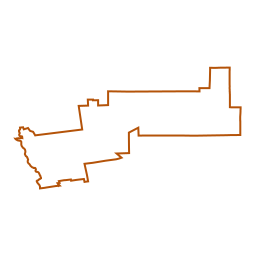 Contesti, Teleorman, Romania (Robinson projection)
{"feature_id": "2599482B71903037173663", "entity_name": "Contesti", "entity_type": "district", "adm_level": 2, "iso_a3": "ROU", "parent_name": "Romania", "parent_adm1": "Teleorman", "projection": "robinson", "projection_center": [25.518, 43.808], "detail": "fine", "context": "isolated", "style": "outline", "palette": "amber", "viewbox_px": 256, "rotation_deg": 0, "n_neighbors": 0, "source": "geoboundaries", "source_scale": "gbopen_adm2", "svg_char_len": 3856}
<svg xmlns="http://www.w3.org/2000/svg" viewBox="0 0 256 256"><path d="M240.3,135.0L240.3,120.9L240.2,120.8L240.2,120.3L240.2,118.7L240.2,117.4L240.2,116.8L240.3,115.2L240.4,113.8L240.5,111.7L240.5,110.2L240.6,109.1L240.6,108.4L240.6,107.3L239.0,107.3L236.7,107.3L235.9,107.3L235.0,107.3L234.4,107.3L232.5,107.3L231.0,107.3L229.9,107.2L229.9,105.1L229.9,104.2L229.9,102.6L229.9,101.2L229.9,99.9L229.9,98.3L229.9,97.4L229.9,96.5L229.9,95.7L229.9,94.4L229.8,93.2L229.8,91.8L229.7,91.7L229.7,91.1L229.7,90.4L229.7,89.4L229.6,88.4L229.6,87.9L229.6,87.4L229.7,86.7L229.6,84.3L229.6,81.8L229.6,79.8L229.6,78.2L229.6,75.4L229.6,74.7L229.6,73.2L229.6,71.3L229.7,69.6L229.7,67.6L227.6,67.6L226.4,67.6L225.0,67.7L223.6,67.7L221.5,67.7L220.1,67.7L219.9,67.7L217.1,67.8L215.0,67.9L211.2,67.8L210.1,67.8L210.1,70.7L209.9,79.3L209.9,80.1L209.5,88.1L199.4,88.1L199.5,91.4L189.0,91.3L169.2,91.4L127.8,91.6L108.1,91.3L108.1,105.1L98.1,105.5L98.1,100.2L93.0,100.3L93.0,99.6L87.8,99.6L88.1,105.6L78.7,105.9L82.2,129.5L35.6,135.3L35.2,135.4L34.0,133.3L33.1,131.8L32.1,131.5L30.4,131.0L30.0,130.8L28.0,128.0L27.5,128.2L23.8,129.3L23.1,127.3L21.0,127.5L20.0,127.6L20.1,128.3L20.1,129.0L20.0,129.4L19.9,129.6L19.7,129.8L19.2,130.1L19.1,130.3L19.0,130.5L19.0,131.1L19.0,131.3L19.2,131.6L19.2,131.9L19.3,132.1L19.3,132.3L19.5,132.5L19.7,132.8L19.7,133.1L19.7,133.5L19.5,133.8L19.3,134.2L19.2,134.4L19.2,134.7L19.2,135.0L19.3,135.2L19.4,135.6L19.7,136.0L20.0,136.1L20.6,136.2L21.9,136.4L22.1,136.5L22.2,137.1L22.3,138.0L22.0,137.9L21.7,138.0L21.2,138.1L20.8,138.1L19.7,138.3L18.6,138.2L17.9,138.3L16.8,138.4L16.3,138.7L16.1,138.9L15.4,138.8L15.6,139.1L16.3,139.6L17.5,140.3L17.8,140.4L18.3,140.5L19.3,140.7L20.0,140.8L20.5,140.9L20.8,141.1L21.0,141.3L21.2,141.6L21.3,142.0L21.3,142.5L21.3,143.7L21.3,144.7L21.4,145.1L21.7,146.0L22.3,146.8L22.8,147.6L23.1,147.9L23.7,148.2L24.1,148.6L24.4,148.9L24.7,149.2L25.0,149.7L25.2,150.3L25.3,150.9L25.4,151.6L25.3,152.4L25.0,153.4L24.9,153.8L24.9,154.2L25.0,154.4L25.2,154.8L25.4,155.2L25.6,155.7L25.7,155.9L25.9,156.1L26.1,156.2L26.6,156.6L26.9,156.8L27.0,157.1L27.3,157.5L27.5,158.2L27.7,158.7L27.8,158.9L28.0,159.2L28.1,159.4L28.1,159.6L28.0,160.0L27.9,160.4L27.7,160.9L27.7,161.1L27.7,161.5L27.8,161.9L27.8,162.3L27.9,162.5L28.2,162.9L28.5,163.4L28.7,163.6L28.9,163.7L29.2,163.9L29.5,164.2L29.9,164.8L30.3,165.5L30.5,165.8L30.8,166.1L31.4,166.6L31.6,166.8L31.8,167.0L32.2,167.3L33.0,167.6L33.5,167.8L33.7,168.0L34.0,168.0L34.4,168.0L34.7,167.9L35.0,167.9L35.2,168.0L35.3,168.1L35.5,168.3L35.7,168.8L35.8,169.1L35.9,169.3L35.9,169.6L35.8,169.9L35.6,170.3L35.5,170.6L35.5,170.8L35.6,171.1L35.7,171.3L35.9,171.5L36.1,171.7L36.7,171.9L37.1,171.9L37.4,171.9L37.7,172.0L38.2,172.2L38.4,172.4L38.6,172.6L38.9,173.0L39.1,173.4L39.6,174.6L40.0,175.4L40.2,175.6L40.3,175.8L40.4,176.0L40.4,176.3L40.4,176.5L40.5,176.7L40.7,177.1L40.9,177.5L41.0,177.7L41.0,177.8L41.0,178.0L41.0,178.3L40.8,178.4L40.4,178.7L39.9,179.0L39.7,179.1L39.3,179.2L39.1,179.3L38.8,179.6L38.5,180.0L38.3,180.2L38.2,180.3L37.6,180.4L37.3,180.5L37.1,180.6L36.8,181.0L36.7,181.1L36.8,181.5L37.0,182.0L37.3,182.5L37.9,183.4L38.6,184.1L38.9,184.5L39.2,184.8L39.4,185.1L39.5,185.3L39.6,185.5L39.8,186.0L39.9,186.3L40.0,186.8L40.0,187.8L40.0,188.4L44.8,187.8L46.4,187.5L56.1,186.0L56.8,186.0L57.4,185.9L58.3,185.6L58.6,185.9L58.8,185.7L59.7,185.6L59.1,185.0L57.9,183.9L57.5,183.2L59.6,182.9L58.9,181.1L63.5,180.3L64.3,180.2L65.9,180.1L68.4,179.8L70.9,179.5L71.1,180.7L76.4,179.9L78.8,179.6L83.9,179.0L84.5,181.9L86.4,181.6L88.1,181.4L87.6,178.5L86.9,174.7L85.6,168.8L84.9,165.6L84.5,163.8L92.8,162.8L105.6,160.7L116.1,159.3L118.9,158.6L121.5,157.7L116.6,153.5L129.1,153.1L129.0,147.8L128.9,137.3L128.9,132.6L138.3,127.7L138.6,135.6L148.4,135.5L149.6,135.5L159.3,135.5L179.8,135.5L194.1,135.7L226.7,135.2L229.8,135.1L240.3,135.0Z" fill="none" stroke="#b45309" stroke-width="2"/></svg>